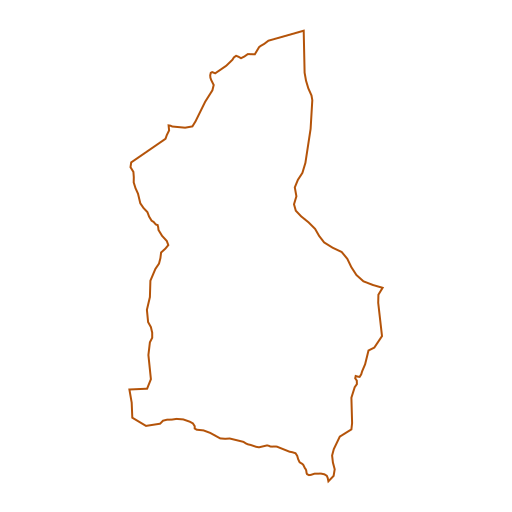 SVG path tracing the border of Dodoma
{"feature_id": "TZA-3385", "entity_name": "Dodoma", "entity_type": "Region", "adm_level": 1, "iso_a3": "TZA", "parent_name": "United Republic of Tanzania", "parent_adm1": "", "projection": "orthographic", "projection_center": [35.912, -5.778], "detail": "fine", "context": "isolated", "style": "outline", "palette": "amber", "viewbox_px": 512, "rotation_deg": 0, "n_neighbors": 0, "source": "natural_earth", "source_scale": "10m", "svg_char_len": 2201}
<svg xmlns="http://www.w3.org/2000/svg" viewBox="0 0 512 512"><path d="M382.6,287.8L378.4,294.7L378.2,302.8L382.0,336.1L374.3,347.6L368.5,350.5L365.1,364.3L362.1,371.4L361.2,374.4L359.6,376.9L357.7,376.6L355.7,376.0L355.2,378.3L356.8,380.6L356.9,384.1L354.7,387.2L351.4,397.7L352.1,423.1L351.4,429.4L339.8,436.6L333.8,449.1L332.1,455.5L332.9,462.5L334.7,469.3L333.6,475.9L328.4,481.3L327.7,477.9L326.8,475.8L324.4,474.3L321.0,473.6L314.5,473.7L310.8,474.9L308.9,475.1L307.1,474.2L306.6,473.1L306.2,470.4L305.7,469.2L304.9,468.2L303.3,464.9L302.3,463.9L300.1,462.6L299.4,461.9L298.1,459.0L297.2,455.8L295.5,453.2L292.2,452.2L289.5,451.7L276.8,446.6L274.9,446.5L271.9,446.6L270.3,446.5L269.1,445.9L267.1,445.4L259.0,447.3L256.1,446.8L250.5,444.9L248.1,444.4L246.0,443.5L243.5,441.9L242.0,441.5L229.7,438.5L225.2,438.8L220.2,438.4L210.2,432.9L203.5,430.4L196.7,429.7L194.7,428.5L194.7,426.2L192.9,423.4L189.8,421.7L183.2,419.4L176.5,418.9L171.8,419.6L167.0,419.7L163.0,420.7L160.1,423.7L146.0,425.9L132.3,417.7L131.7,402.7L129.4,389.5L147.1,388.7L150.9,379.2L148.4,355.0L149.9,342.3L152.2,337.8L152.2,332.7L150.9,327.1L148.1,322.1L146.9,309.8L149.9,297.1L150.4,280.7L155.4,268.9L159.0,263.6L160.4,258.2L161.1,252.5L165.4,248.6L168.3,245.1L166.8,241.0L162.1,235.9L158.5,230.0L158.2,227.3L157.6,225.0L156.2,224.7L155.2,223.8L153.7,222.0L151.6,220.7L149.1,216.6L147.4,212.1L143.5,208.0L140.3,203.3L138.0,193.7L135.5,188.2L133.7,182.4L133.8,177.2L133.4,171.9L130.5,167.2L131.2,162.4L165.5,138.8L166.8,135.1L169.1,130.4L168.6,125.4L170.5,125.7L172.2,126.5L185.1,127.7L192.4,126.4L195.5,121.4L205.2,101.7L212.4,90.3L213.7,85.0L211.2,80.0L210.4,77.7L210.2,75.3L210.8,72.8L212.1,72.1L215.2,73.3L226.3,65.7L232.4,59.8L233.9,57.4L236.1,55.8L238.6,56.8L241.0,58.2L244.4,56.5L247.8,54.1L254.8,54.3L259.1,47.1L260.7,45.9L264.2,43.9L268.4,40.7L303.7,30.7L304.6,72.7L306.0,80.6L308.3,88.3L311.5,95.5L312.3,100.2L310.6,128.9L305.4,162.9L302.4,172.9L297.9,179.8L294.8,187.4L296.4,196.3L294.0,204.3L295.8,210.7L301.2,216.4L308.5,222.3L315.1,228.9L319.1,235.9L324.1,242.4L332.6,247.7L341.7,252.0L347.3,258.8L351.3,267.1L356.4,275.0L363.4,281.3L372.9,285.0L382.6,287.8Z" fill="none" stroke="#b45309" stroke-width="2"/></svg>